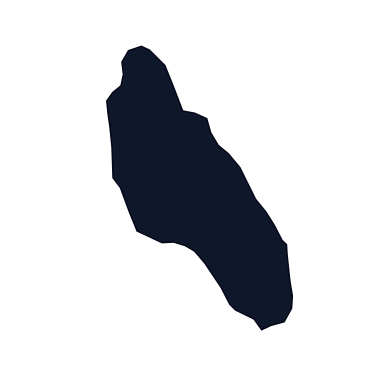 Skara, Västra Götaland, Sweden, rotated 68°
{"feature_id": "70781695B33450377436150", "entity_name": "Skara", "entity_type": "district", "adm_level": 2, "iso_a3": "SWE", "parent_name": "Sweden", "parent_adm1": "Västra Götaland", "projection": "natural_earth1", "projection_center": [13.513, 58.397], "detail": "fine", "context": "isolated", "style": "filled", "palette": "ink", "viewbox_px": 384, "rotation_deg": 68, "n_neighbors": 0, "source": "geoboundaries", "source_scale": "gbopen_adm2", "svg_char_len": 746}
<svg xmlns="http://www.w3.org/2000/svg" viewBox="0 0 384 384"><g transform="rotate(68 192 192)"><path d="M345.8,179.0L345.2,169.2L346.8,155.2L337.2,143.3L325.9,137.9L311.5,134.7L301.9,132.0L285.0,127.1L276.1,124.1L270.6,126.6L253.8,128.2L238.5,130.9L222.5,135.8L187.2,138.5L170.4,143.9L158.4,150.3L143.9,152.5L129.5,150.9L129.0,151.4L119.9,160.1L113.4,170.3L85.4,169.8L64.5,169.8L44.4,178.4L38.0,184.4L37.2,197.9L45.2,208.2L46.1,208.5L57.2,211.5L66.9,218.0L70.1,228.3L75.7,236.9L86.9,240.2L102.1,244.0L120.6,249.4L149.3,259.9L161.2,256.7L186.3,257.5L207.6,257.5L227.7,238.8L231.5,227.8L239.0,218.5L247.8,211.7L262.8,206.7L291.6,200.7L310.4,199.0L317.9,195.7L333.0,182.1L345.8,179.0Z" fill="#0f172a" stroke="#020617" stroke-width="1.5"/></g></svg>